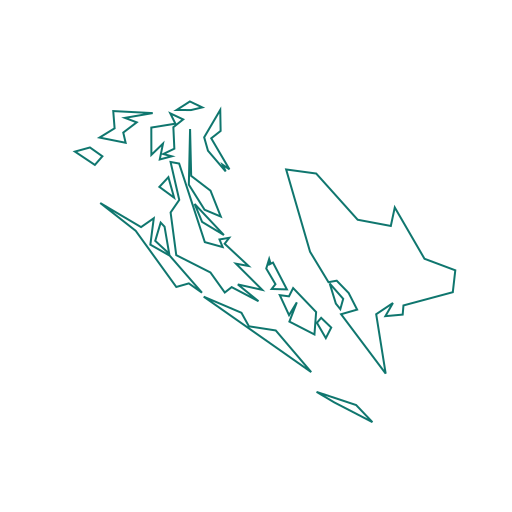 Van Don, Quảng Ninh, Vietnam, rotated 103°
{"feature_id": "81297802B23156291808671", "entity_name": "Van Don", "entity_type": "district", "adm_level": 2, "iso_a3": "VNM", "parent_name": "Vietnam", "parent_adm1": "Quảng Ninh", "projection": "albers", "projection_center": [107.384, 20.984], "detail": "medium", "context": "isolated", "style": "outline", "palette": "teal", "viewbox_px": 512, "rotation_deg": 103, "n_neighbors": 0, "source": "geoboundaries", "source_scale": "gbopen_adm2", "svg_char_len": 1967}
<svg xmlns="http://www.w3.org/2000/svg" viewBox="0 0 512 512"><g transform="rotate(103 256 256)"><path d="M164.9,246.1L239.7,204.3L265.2,179.5L261.9,171.8L271.2,157.4L285.5,145.4L293.6,160.0L341.4,103.2L285.7,125.8L271.0,112.0L285.5,116.4L280.1,99.9L271.0,101.2L247.0,56.1L225.1,58.6L220.8,91.2L177.5,131.7L196.4,131.4L197.8,165.1L162.1,215.9L164.9,246.1ZM299.5,243.4L287.8,267.3L287.6,242.3L268.0,273.8L267.4,261.0L251.1,289.3L244.3,286.2L248.1,295.3L254.8,290.5L254.0,309.0L183.2,351.7L183.6,360.4L218.6,343.4L232.8,349.0L273.1,333.9L282.3,296.7L298.6,278.2L291.8,272.7L299.5,243.4ZM307.4,297.8L356.7,176.1L324.1,220.0L326.1,247.1L314.6,257.4L307.4,297.8ZM303.9,300.4L275.1,340.1L268.7,361.5L242.2,364.1L253.7,374.5L239.4,419.7L258.5,378.9L304.1,326.7L297.8,315.3L303.9,300.4ZM319.3,181.4L297.1,184.8L278.9,212.6L287.9,214.8L288.8,224.0L306.2,210.5L292.0,205.8L312.4,208.7L319.3,181.4ZM139.3,357.7L136.3,371.6L145.2,364.3L154.4,386.9L181.0,380.7L167.4,371.9L183.6,371.5L177.8,360.5L177.5,369.3L169.8,359.7L149.1,365.5L139.3,357.7ZM225.5,299.2L202.6,315.0L192.5,337.2L147.1,348.8L201.6,337.5L222.5,316.5L225.5,299.2ZM150.9,414.8L140.0,388.8L146.9,427.7L163.4,422.5L175.8,435.1L175.0,408.5L165.6,413.1L152.6,402.3L150.9,414.8ZM174.6,309.0L177.5,301.4L151.4,326.1L142.1,318.6L121.7,323.7L152.0,333.2L164.2,326.5L180.4,304.6L174.6,309.0ZM374.8,166.4L381.0,146.9L391.7,105.2L378.7,124.9L374.8,166.4ZM193.4,428.1L187.6,442.2L195.0,455.9L203.5,433.5L193.4,428.1ZM234.9,316.2L242.8,292.0L219.1,327.5L234.9,316.2ZM210.4,365.7L217.6,348.9L198.9,359.1L210.4,365.7ZM281.6,218.4L258.6,238.0L262.0,242.1L259.2,240.6L255.9,242.5L265.9,243.2L279.1,230.7L284.6,233.3L281.6,218.4ZM273.3,341.1L248.0,351.7L244.9,356.4L263.9,357.6L273.3,341.1ZM320.3,169.5L308.8,166.6L301.6,178.6L307.4,181.6L320.3,169.5ZM288.8,161.9L278.1,161.4L266.2,178.0L284.4,167.5L288.8,161.9ZM123.3,341.8L120.3,355.2L131.6,366.2L128.4,352.1L123.3,341.8Z" fill="none" stroke="#0f766e" stroke-width="2"/></g></svg>